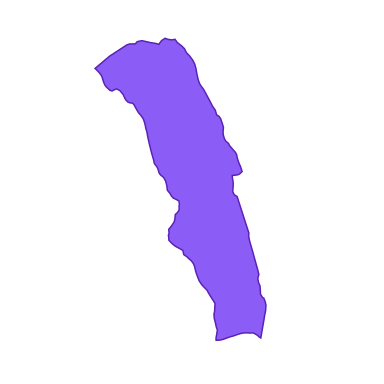 outline of South Mugirango, Nyanza, Kenya, rotated 162°
{"feature_id": "3690345B2420334970551", "entity_name": "South Mugirango", "entity_type": "district", "adm_level": 2, "iso_a3": "KEN", "parent_name": "Kenya", "parent_adm1": "Nyanza", "projection": "natural_earth1", "projection_center": [34.664, -0.838], "detail": "fine", "context": "isolated", "style": "filled", "palette": "violet", "viewbox_px": 384, "rotation_deg": 162, "n_neighbors": 0, "source": "geoboundaries", "source_scale": "gbopen_adm2", "svg_char_len": 2821}
<svg xmlns="http://www.w3.org/2000/svg" viewBox="0 0 384 384"><g transform="rotate(162 192 192)"><path d="M217.4,254.7L217.8,250.1L218.1,245.7L218.4,241.3L218.5,237.7L218.6,234.4L219.0,230.8L218.6,229.6L217.7,227.1L217.3,225.1L217.3,223.3L217.4,221.2L217.3,219.8L216.7,218.0L216.2,217.2L214.6,214.8L213.7,210.6L214.0,205.9L214.9,201.3L213.4,197.4L212.8,194.6L211.7,192.0L209.6,190.1L207.2,187.5L207.7,184.6L208.7,182.4L209.9,178.7L212.5,176.8L214.9,175.7L216.3,172.3L218.0,169.3L221.9,166.1L225.7,163.7L226.5,160.0L227.9,158.0L228.0,156.7L228.9,153.2L227.0,149.2L224.5,145.4L221.6,142.4L218.7,139.2L219.2,135.0L216.7,131.7L215.5,129.3L213.9,126.8L212.8,123.3L212.6,120.7L212.7,119.0L213.0,115.8L213.0,112.1L212.9,109.8L212.8,107.9L212.7,105.7L212.5,104.8L211.4,100.9L209.7,97.2L208.1,94.1L207.5,90.7L207.2,89.5L206.7,87.3L206.1,85.2L205.8,84.0L205.2,81.8L204.8,80.1L204.6,78.7L205.8,75.7L207.4,71.5L208.9,69.0L209.9,64.7L210.2,60.0L210.6,56.2L210.5,53.0L212.4,49.2L214.2,45.9L214.5,45.0L214.9,43.5L211.2,42.5L207.6,42.2L203.9,42.4L200.7,42.5L196.8,42.3L194.1,42.4L189.8,42.4L186.4,42.0L183.1,41.0L180.3,39.9L177.3,39.1L174.6,36.2L174.1,35.5L172.9,33.4L171.7,31.9L162.7,48.9L161.2,51.9L158.6,56.5L156.6,61.6L156.3,64.8L156.5,68.9L157.5,69.8L158.4,73.7L157.2,78.1L156.3,81.7L156.7,84.7L156.2,89.3L153.9,92.9L153.5,98.3L153.1,107.9L152.8,114.1L152.3,128.4L151.7,132.7L150.6,135.3L150.5,173.8L152.7,176.4L153.1,180.0L151.6,183.5L150.2,187.1L149.6,189.9L149.3,192.5L149.0,193.8L148.6,195.3L145.6,194.6L142.5,194.2L140.8,194.6L138.0,196.0L138.0,201.1L138.5,206.6L138.4,210.6L138.0,213.5L138.4,216.1L140.1,220.1L141.9,224.4L142.3,227.0L144.3,230.2L144.7,233.1L144.6,236.8L143.7,240.1L142.1,243.8L142.0,248.3L142.1,252.8L142.9,255.6L144.7,257.7L144.6,262.8L145.9,267.0L146.6,271.2L147.5,276.4L148.4,281.4L149.2,285.8L150.6,290.0L151.0,291.5L151.3,293.2L151.4,296.9L150.9,302.3L150.1,308.2L149.9,312.6L150.5,317.0L152.2,322.1L154.3,326.4L154.8,330.4L156.7,334.2L159.8,338.7L161.0,342.5L164.2,342.9L167.5,344.5L170.1,346.5L174.2,345.4L177.9,342.7L179.9,344.1L182.1,345.3L184.6,346.5L188.8,349.0L192.8,351.4L195.3,351.7L197.6,351.9L200.2,350.4L202.4,351.1L205.8,352.1L208.7,352.0L228.3,346.7L246.0,339.5L245.3,338.2L243.6,334.7L242.5,331.8L242.2,330.4L242.0,329.1L242.1,326.2L242.1,324.9L242.1,323.7L241.8,320.8L241.6,319.8L241.1,318.6L240.0,316.5L238.7,314.1L236.8,312.8L234.3,313.2L233.1,313.3L232.0,313.4L230.1,311.6L229.2,310.6L228.0,307.5L227.4,306.1L227.1,303.8L226.9,302.0L226.4,299.7L225.2,297.4L223.8,296.2L222.8,295.6L221.0,294.8L220.6,293.8L220.1,292.5L219.6,289.6L219.3,288.3L219.1,287.0L218.4,283.9L216.9,280.5L216.0,277.5L215.8,276.4L215.7,275.1L215.7,272.5L215.9,269.4L216.1,268.2L216.3,266.5L216.3,264.1L216.4,262.9L216.5,261.8L216.9,259.3L217.4,254.7Z" fill="#8b5cf6" stroke="#5b21b6" stroke-width="1.5"/></g></svg>